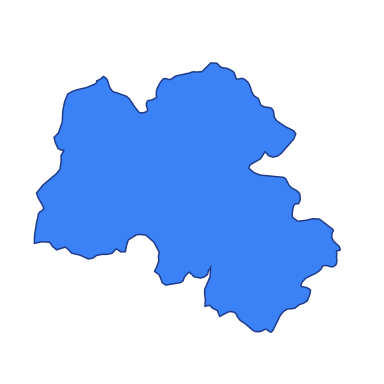 map outline of Houaphan (Robinson projection), rotated 7°
{"feature_id": "LAO-3288", "entity_name": "Houaphan", "entity_type": "Province", "adm_level": 1, "iso_a3": "LAO", "parent_name": "Laos", "parent_adm1": "", "projection": "robinson", "projection_center": [104.1, 20.28], "detail": "fine", "context": "isolated", "style": "filled", "palette": "blue", "viewbox_px": 384, "rotation_deg": 7, "n_neighbors": 0, "source": "natural_earth", "source_scale": "10m", "svg_char_len": 3332}
<svg xmlns="http://www.w3.org/2000/svg" viewBox="0 0 384 384"><g transform="rotate(7 192 192)"><path d="M200.8,61.2L202.0,61.9L204.5,63.9L205.9,64.7L207.4,64.9L211.2,65.0L213.0,65.3L217.7,67.2L219.0,68.1L219.9,69.6L221.7,73.5L222.2,74.5L223.4,74.4L227.2,73.3L228.7,73.2L230.2,73.7L231.9,74.6L233.4,75.7L234.6,76.8L236.6,79.7L239.3,85.6L241.4,88.5L242.8,89.5L245.4,90.6L246.7,91.6L247.6,93.0L249.0,96.3L250.2,97.7L253.6,98.8L257.4,98.7L260.8,99.2L263.0,101.8L264.6,107.9L267.4,111.0L276.0,115.5L285.5,118.9L287.9,121.6L287.7,122.4L286.6,126.9L275.8,142.9L272.2,146.1L268.0,147.5L263.7,146.7L259.5,143.1L256.0,150.7L246.5,157.8L245.4,161.4L250.7,165.0L257.5,166.9L281.3,166.3L283.6,167.7L287.4,173.5L290.1,175.6L296.5,178.3L298.9,180.3L299.5,181.9L300.0,184.0L300.3,186.3L300.2,188.0L299.0,190.6L297.7,191.0L296.4,191.0L295.0,192.1L294.3,194.7L294.1,198.6L294.2,202.5L294.9,205.0L300.6,208.1L307.7,206.5L315.2,203.8L321.9,203.4L336.7,212.2L336.9,213.6L336.0,215.7L336.2,220.0L338.5,223.6L344.9,228.2L346.2,231.2L345.6,232.0L343.3,232.5L342.8,233.0L342.7,234.1L343.2,235.8L343.5,239.4L344.0,241.7L344.3,244.1L343.7,246.7L343.1,247.3L341.4,248.9L339.2,249.3L334.3,248.6L331.1,249.2L330.3,250.1L330.0,251.8L328.4,254.4L324.7,257.6L315.6,263.5L312.4,267.8L311.4,271.4L312.3,272.5L317.2,272.8L320.3,274.0L321.6,275.0L321.6,276.8L321.3,280.0L319.7,286.0L316.4,288.7L312.3,290.7L308.3,294.7L305.1,295.8L302.9,296.0L300.8,296.7L298.1,298.7L296.0,301.3L294.6,303.9L289.3,319.2L287.9,321.3L286.3,321.4L283.5,319.6L282.0,319.2L280.5,319.8L278.0,321.6L276.5,322.3L272.6,322.8L269.8,322.2L260.3,315.9L256.1,313.9L254.7,312.9L252.3,310.3L250.8,307.9L248.8,306.3L245.5,305.9L242.4,306.7L234.7,312.1L231.6,306.6L225.8,304.4L223.6,302.3L218.8,303.8L218.8,303.7L218.4,297.1L216.9,291.4L216.5,286.8L220.3,273.8L219.6,264.6L218.0,267.9L217.4,272.1L214.4,274.9L210.9,276.4L204.6,275.9L199.2,271.9L196.7,274.3L194.8,277.5L194.0,281.2L191.7,283.3L177.4,287.6L175.2,286.6L173.5,285.5L170.2,279.3L168.8,277.7L164.5,275.4L166.2,270.2L167.5,264.6L166.5,260.1L166.7,255.5L160.2,246.3L151.3,240.4L146.7,240.4L142.3,241.1L134.6,247.3L133.4,253.8L133.2,259.4L128.7,260.1L123.8,257.6L120.0,262.7L114.3,264.4L109.7,265.0L105.1,266.6L101.4,269.8L97.2,271.1L88.5,268.3L80.1,267.4L76.5,264.4L72.9,262.1L64.7,265.9L60.3,263.1L56.8,259.2L49.1,259.7L41.8,262.2L41.0,253.9L41.5,240.3L42.2,236.0L42.1,233.1L43.2,230.5L45.3,228.9L46.9,226.7L45.8,224.2L40.0,216.4L37.8,212.0L43.4,203.0L54.7,190.9L58.1,185.8L58.4,178.3L57.6,171.4L58.7,169.1L59.8,166.3L56.7,166.2L53.7,165.1L50.5,159.9L48.4,154.6L52.3,149.6L54.7,138.5L53.9,127.0L54.6,117.8L56.7,110.0L60.6,107.0L64.9,104.7L74.4,101.3L83.1,96.3L83.6,95.4L84.0,94.3L83.8,93.3L84.1,93.2L87.5,91.1L88.6,89.9L89.2,88.7L90.0,88.2L92.3,89.1L94.4,91.3L97.4,97.8L99.2,100.2L100.5,101.3L101.8,102.1L103.2,102.5L104.9,102.6L115.2,105.0L118.4,107.1L124.9,114.7L128.5,118.1L129.0,118.9L129.7,119.4L131.6,119.7L133.1,119.5L135.1,118.8L136.9,117.8L137.9,116.8L137.8,115.2L136.1,111.5L135.9,109.7L136.7,107.2L137.8,106.4L139.2,106.2L141.2,105.4L144.6,103.1L145.3,101.8L144.7,100.0L144.4,96.0L145.0,92.9L146.4,89.0L148.1,85.5L149.7,83.3L151.6,82.6L155.0,83.1L156.6,83.0L158.1,82.1L160.6,79.7L161.9,78.8L174.2,74.5L177.5,72.9L179.2,72.4L181.1,72.5L187.2,71.4L194.9,61.6L200.8,61.2Z" fill="#3b82f6" stroke="#1e3a8a" stroke-width="1.5"/></g></svg>